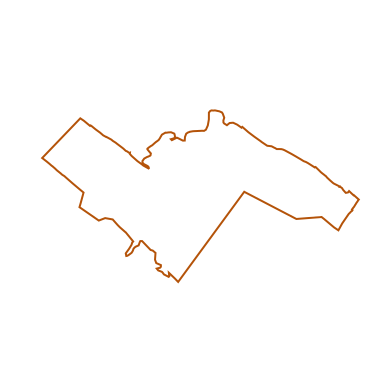 Santiago Llano Grande, Oaxaca, Mexico (Natural Earth projection), rotated 124°
{"feature_id": "50627088B71737846515518", "entity_name": "Santiago Llano Grande", "entity_type": "district", "adm_level": 2, "iso_a3": "MEX", "parent_name": "Mexico", "parent_adm1": "Oaxaca", "projection": "natural_earth1", "projection_center": [-98.268, 16.488], "detail": "fine", "context": "isolated", "style": "outline", "palette": "amber", "viewbox_px": 384, "rotation_deg": 124, "n_neighbors": 0, "source": "geoboundaries", "source_scale": "gbopen_adm2", "svg_char_len": 3343}
<svg xmlns="http://www.w3.org/2000/svg" viewBox="0 0 384 384"><g transform="rotate(124 192 192)"><path d="M105.0,49.5L104.1,56.1L104.4,56.2L103.4,62.3L105.1,62.4L106.7,64.0L106.6,64.6L105.7,68.0L104.9,69.7L104.8,71.3L105.3,72.7L104.8,72.8L104.9,73.0L105.6,78.4L105.7,79.4L105.6,80.8L105.4,82.2L105.2,83.8L104.8,86.3L104.6,87.6L104.4,88.6L104.0,89.6L104.0,90.4L103.8,92.6L103.7,94.4L103.5,96.4L103.2,97.8L102.2,103.3L102.3,103.8L103.0,104.0L103.1,108.6L103.2,112.1L103.4,114.3L103.7,115.5L103.9,116.2L104.0,117.2L104.1,120.1L104.4,124.8L104.4,125.0L104.8,130.7L105.6,138.6L105.9,140.2L106.4,141.7L106.8,142.4L109.0,145.7L109.1,147.2L109.1,147.6L109.3,148.8L109.6,151.6L111.6,155.5L111.6,162.7L111.5,163.0L111.3,171.1L111.1,175.0L110.9,178.7L109.9,186.7L111.0,186.9L110.9,192.2L111.5,196.2L111.6,196.7L113.8,199.4L117.1,200.4L117.2,203.7L116.8,204.8L115.1,206.0L112.4,206.8L110.0,210.1L109.3,211.6L109.8,214.4L111.5,218.6L112.5,219.8L113.5,221.5L114.6,222.2L116.7,222.4L122.4,218.6L128.0,216.1L132.5,215.3L134.6,216.2L135.4,217.6L141.0,225.1L143.2,227.4L143.3,227.4L144.9,228.6L146.9,229.4L150.3,228.6L153.4,226.8L154.5,228.3L155.2,233.8L155.3,234.0L155.4,234.9L160.3,237.7L160.0,239.0L157.4,236.8L155.8,236.9L154.4,238.2L153.5,239.3L154.2,242.8L155.9,245.0L156.3,245.4L157.6,246.9L157.7,247.3L158.0,247.4L161.3,249.0L164.4,248.8L165.2,248.7L167.4,248.7L168.4,249.0L170.4,249.7L170.5,249.8L172.3,250.3L175.5,251.1L176.9,251.8L179.3,252.7L181.0,253.2L181.5,252.9L181.8,252.1L181.9,251.6L182.0,251.3L182.3,250.5L182.4,250.1L182.6,249.2L182.8,248.7L183.0,247.7L184.8,246.9L185.3,247.0L187.3,248.2L187.6,248.5L188.4,249.0L191.0,250.3L194.0,250.4L195.2,249.6L195.5,248.7L195.8,247.6L195.5,245.2L195.3,243.3L195.5,242.2L196.3,241.1L196.8,241.2L197.2,246.1L197.3,247.0L197.1,249.2L196.9,254.6L195.9,262.1L195.2,264.8L194.1,265.4L194.4,265.6L194.7,266.2L194.6,268.3L194.9,269.8L194.9,270.1L194.4,273.2L194.3,274.7L193.9,282.0L193.8,282.6L193.9,286.4L193.7,287.9L193.7,288.3L194.2,293.8L194.4,293.9L194.7,297.5L194.6,298.0L194.2,301.4L194.0,306.7L193.5,312.1L193.5,313.3L194.2,313.5L193.4,321.5L193.4,321.8L193.4,325.8L223.4,331.0L247.6,335.2L248.0,329.4L248.3,326.2L248.5,324.6L248.7,323.1L248.7,321.9L248.9,320.7L249.0,319.5L249.2,318.3L249.4,317.2L249.6,316.0L249.7,314.8L249.8,313.6L249.9,312.4L250.0,311.2L250.2,310.0L250.3,308.8L250.2,307.6L250.2,306.5L250.4,305.3L251.6,295.9L252.6,286.6L253.1,281.6L263.7,278.0L267.5,276.8L267.8,253.3L262.2,249.4L259.1,242.4L260.4,237.4L261.0,235.0L261.6,232.0L262.5,224.9L262.5,224.4L265.9,213.1L267.3,213.3L269.7,212.6L274.3,212.4L279.9,212.6L280.8,211.7L281.8,210.7L281.0,209.9L280.1,209.5L279.4,209.2L276.3,208.1L274.8,208.1L273.9,208.2L272.9,208.4L272.1,208.7L271.4,208.7L270.4,208.6L269.0,208.2L266.1,206.4L262.6,207.3L261.6,207.4L260.6,205.9L263.2,193.9L262.5,191.8L262.9,188.2L268.8,184.8L270.9,181.9L270.0,176.9L271.4,176.0L272.6,176.1L275.2,178.4L275.9,176.2L275.0,172.2L275.3,171.1L276.0,169.2L275.4,163.9L274.6,163.7L271.9,166.0L273.3,157.8L274.3,153.2L162.6,148.8L162.5,147.6L156.0,90.4L140.3,70.6L140.5,67.6L141.5,58.3L141.9,54.4L141.9,49.2L134.1,49.9L122.4,49.8L121.2,49.5L119.2,49.2L118.3,48.8L117.3,48.8L117.1,49.6L116.8,49.6L114.6,49.5L114.0,49.4L113.0,49.4L111.7,49.5L110.3,49.5L108.9,49.6L107.2,49.5L106.4,49.6L106.0,49.6L105.0,49.5Z" fill="none" stroke="#b45309" stroke-width="2"/></g></svg>